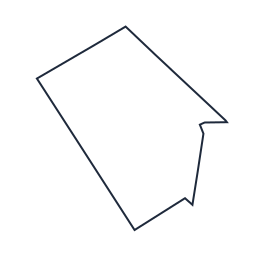 outline of Wilson, Texas, United States of America, rotated 98°
{"feature_id": "52423323B14345052331851", "entity_name": "Wilson", "entity_type": "district", "adm_level": 2, "iso_a3": "USA", "parent_name": "United States of America", "parent_adm1": "Texas", "projection": "robinson", "projection_center": [-98.109, 29.162], "detail": "fine", "context": "isolated", "style": "outline", "palette": "slate", "viewbox_px": 256, "rotation_deg": 98, "n_neighbors": 0, "source": "geoboundaries", "source_scale": "gbopen_adm2", "svg_char_len": 332}
<svg xmlns="http://www.w3.org/2000/svg" viewBox="0 0 256 256"><g transform="rotate(98 128 128)"><path d="M27.9,144.5L50.4,172.6L91.7,225.1L149.4,175.2L228.1,107.3L189.6,61.8L195.1,53.5L161.0,52.9L123.1,52.5L114.7,57.3L111.9,52.9L108.5,30.9L106.9,32.5L51.5,111.4L27.9,144.5Z" fill="none" stroke="#1e293b" stroke-width="2"/></g></svg>